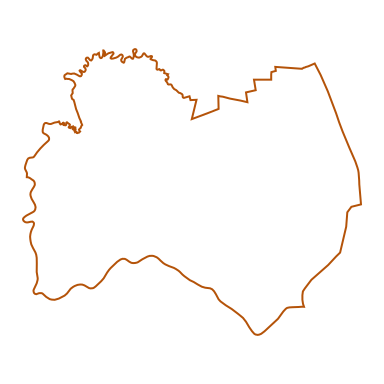 outline of Tran De, Sóc Trăng, Vietnam
{"feature_id": "81297802B35680204276393", "entity_name": "Tran De", "entity_type": "district", "adm_level": 2, "iso_a3": "VNM", "parent_name": "Vietnam", "parent_adm1": "Sóc Trăng", "projection": "natural_earth1", "projection_center": [106.042, 9.495], "detail": "fine", "context": "isolated", "style": "outline", "palette": "amber", "viewbox_px": 384, "rotation_deg": 0, "n_neighbors": 0, "source": "geoboundaries", "source_scale": "gbopen_adm2", "svg_char_len": 5637}
<svg xmlns="http://www.w3.org/2000/svg" viewBox="0 0 384 384"><path d="M314.7,63.5L308.3,66.3L305.5,67.1L304.7,67.6L303.8,67.7L302.8,68.3L302.2,68.5L302.0,68.8L275.3,66.9L275.8,70.9L271.4,72.1L271.2,74.7L271.2,79.7L254.0,79.7L255.7,90.2L246.0,92.4L247.4,102.2L240.6,100.6L230.0,98.6L222.8,96.7L220.4,96.4L218.3,95.9L218.6,108.9L208.4,112.9L191.8,119.1L196.5,99.8L190.5,100.1L189.5,96.3L183.9,97.9L182.9,97.4L182.7,96.7L182.6,95.0L182.0,94.1L180.3,93.1L178.8,92.7L176.3,90.2L174.1,89.0L173.6,88.3L172.8,87.5L171.7,85.2L171.2,84.6L170.5,84.4L168.5,84.5L167.9,84.2L167.2,82.5L165.9,81.0L165.5,80.2L165.6,79.5L166.0,79.1L167.5,79.6L168.0,78.8L168.5,77.5L168.4,76.7L168.1,76.1L167.2,75.3L168.0,74.2L164.2,73.1L164.4,71.1L163.9,70.4L163.3,69.8L162.6,69.7L161.1,70.4L160.7,70.4L160.2,70.2L160.0,69.7L159.3,69.1L157.6,69.7L156.8,69.4L156.5,68.8L156.9,63.0L156.7,62.0L156.1,61.2L155.2,60.5L152.8,60.1L150.6,59.2L150.6,58.7L151.9,57.1L152.0,56.4L151.8,56.2L151.0,56.0L148.5,56.8L147.4,56.7L146.5,56.0L144.5,53.5L144.0,53.3L143.4,53.6L141.9,56.2L141.0,56.9L139.2,57.6L138.6,57.6L137.1,57.3L135.5,56.3L134.9,54.7L135.2,53.5L136.2,52.1L136.6,51.3L136.5,50.1L136.0,49.4L135.6,49.2L134.9,49.1L133.8,49.6L133.4,49.9L133.1,50.6L133.0,51.2L133.7,54.0L133.8,55.1L133.7,56.9L133.0,58.7L132.6,58.8L132.0,58.6L130.1,56.8L129.7,56.5L129.1,56.6L128.2,57.2L127.5,57.3L126.0,58.1L125.0,58.8L124.2,62.2L123.9,62.6L123.5,62.7L121.9,61.7L121.3,60.8L121.2,59.7L121.4,59.3L122.6,57.2L122.8,56.6L122.6,55.5L122.0,54.8L121.3,54.5L120.2,54.8L117.8,56.8L116.0,57.7L113.2,58.5L111.6,58.7L110.7,58.3L110.7,57.4L113.5,53.7L113.4,52.9L112.9,52.2L112.5,52.1L108.7,53.2L107.4,53.9L104.5,56.0L104.3,55.8L104.3,55.3L105.0,53.2L105.0,52.4L103.7,50.5L103.3,50.4L103.2,50.7L103.4,52.5L102.9,55.7L102.5,56.7L101.5,58.0L100.7,58.1L99.8,57.4L99.2,55.3L98.9,52.9L97.7,53.6L96.9,54.5L96.5,54.8L94.7,54.3L93.6,54.7L93.1,55.4L92.6,58.6L91.8,59.9L91.1,60.5L90.1,60.1L88.0,57.7L87.0,57.6L86.1,58.2L85.8,58.9L85.8,59.6L86.4,60.8L87.9,62.4L88.2,63.9L88.1,65.1L87.9,65.6L87.3,66.3L86.9,66.3L85.9,65.4L85.2,65.2L84.4,65.6L84.0,66.1L84.0,66.9L85.2,68.2L85.7,69.4L85.6,70.2L85.0,71.4L84.5,71.8L83.9,72.0L82.8,71.7L80.4,70.2L79.9,70.3L79.6,70.6L79.8,71.2L81.5,73.2L81.9,73.8L81.7,75.0L81.0,76.1L80.4,76.3L79.5,76.2L76.8,74.6L74.2,73.5L72.0,73.7L71.2,74.0L67.3,73.3L66.9,73.7L65.1,74.8L64.5,75.4L64.3,76.6L64.5,77.6L65.2,79.0L66.5,78.7L67.1,78.9L69.2,79.0L71.7,80.1L73.5,81.2L74.5,82.8L75.3,84.7L75.3,85.6L75.1,86.1L73.5,88.6L72.6,89.5L72.5,90.5L72.7,93.1L71.2,95.4L71.7,97.7L72.2,99.0L73.6,99.9L74.3,102.0L76.1,109.1L77.6,112.8L79.4,118.1L81.0,121.5L80.8,121.8L82.2,125.0L81.4,125.9L80.7,127.9L79.7,128.7L79.0,129.7L79.4,130.7L80.1,131.5L79.0,132.6L78.6,132.6L77.5,133.1L76.9,133.0L76.6,132.0L76.3,131.7L75.9,131.7L75.4,132.2L75.1,132.3L74.3,130.5L75.3,129.9L75.6,129.5L75.4,128.6L75.4,127.5L74.6,127.2L73.9,127.3L73.6,128.9L73.0,129.3L72.7,129.1L72.5,128.6L72.8,126.5L71.4,126.9L70.2,128.1L68.9,127.6L68.7,127.2L69.8,125.4L69.9,124.6L69.3,124.0L68.4,123.5L67.0,122.3L66.6,122.4L66.3,122.8L66.1,124.9L65.6,125.3L64.0,125.1L64.1,123.2L63.4,122.7L62.8,122.9L62.1,124.3L60.9,123.9L60.4,124.3L59.7,123.4L59.4,121.9L59.0,121.4L58.0,122.0L54.5,122.6L51.2,123.9L50.3,124.0L49.0,123.9L46.5,123.0L45.6,123.0L44.9,123.2L44.3,123.8L43.8,124.6L42.7,129.7L42.7,131.8L42.9,132.4L43.5,133.2L46.5,134.8L48.2,136.3L49.0,137.7L49.1,138.9L49.0,139.8L48.3,140.8L43.9,144.8L40.4,148.4L37.1,152.3L34.6,155.9L33.7,157.0L32.9,157.4L29.6,157.8L28.2,158.5L27.3,159.8L26.6,161.7L25.4,165.3L25.0,167.1L24.9,168.1L25.2,169.3L26.7,172.3L27.0,173.4L26.8,177.2L28.1,177.3L29.6,177.9L33.6,180.7L34.2,181.5L34.6,182.5L34.8,183.8L34.8,184.9L34.0,186.7L32.4,189.2L31.0,191.7L30.6,192.8L30.4,194.4L30.6,195.9L31.6,198.8L34.0,202.9L35.0,204.8L35.6,207.2L35.2,209.5L34.5,210.8L33.6,211.7L26.4,215.6L24.4,217.1L23.3,218.3L23.0,219.2L23.2,220.0L23.5,220.7L24.2,221.4L25.2,222.1L26.4,222.4L27.8,222.4L30.9,221.7L32.5,221.6L33.5,222.4L33.8,222.8L34.0,223.6L33.8,225.1L33.5,226.0L31.7,229.7L30.9,232.0L30.4,234.2L30.1,236.7L30.3,239.2L30.7,241.8L31.3,244.4L33.0,248.0L35.4,252.4L36.2,254.7L36.7,257.8L36.8,263.3L36.7,272.0L37.7,278.2L37.6,279.9L36.7,283.3L33.8,289.5L33.5,290.4L33.6,291.7L34.0,292.9L34.9,293.8L36.2,294.2L39.0,293.2L40.2,293.1L41.8,293.2L42.6,293.6L46.2,296.9L49.7,299.1L51.7,299.6L54.7,299.8L58.8,298.6L64.6,295.6L67.0,293.5L70.7,288.7L73.1,286.9L74.7,286.0L77.5,284.9L80.2,284.5L82.3,284.6L84.5,285.4L89.1,288.1L90.6,288.4L92.8,288.2L93.8,287.8L95.7,286.4L101.2,281.2L103.7,278.3L107.1,272.6L109.1,269.8L110.7,268.0L117.2,261.8L120.5,259.5L122.5,258.8L124.9,258.9L126.5,259.7L129.3,261.7L131.3,262.8L133.1,263.1L135.0,263.0L136.9,262.6L137.9,262.2L142.3,259.3L147.4,256.6L149.6,255.9L152.2,255.8L153.6,256.0L156.3,257.1L157.2,257.6L158.8,258.9L160.4,260.5L163.3,263.1L165.3,264.4L169.0,266.1L173.9,267.9L175.9,269.0L178.5,270.7L179.9,271.9L182.4,274.5L184.4,276.2L189.9,280.2L193.7,282.0L197.6,284.4L201.8,286.7L205.2,287.7L210.1,288.3L212.2,289.3L214.1,291.3L215.9,294.2L218.6,299.3L220.5,301.4L225.8,305.3L231.7,309.0L238.0,313.8L243.0,317.9L246.1,321.9L249.3,327.3L252.0,331.2L254.3,333.8L255.5,334.5L257.7,334.9L259.3,334.6L261.2,333.8L264.4,331.4L278.0,318.8L283.3,311.5L285.8,308.8L287.1,307.9L289.4,307.4L292.8,307.2L298.4,307.0L302.4,306.7L304.0,306.8L303.0,303.8L302.4,299.8L302.4,295.2L302.9,291.4L304.8,288.5L311.4,279.8L328.2,265.0L336.1,256.5L340.1,252.6L346.2,226.7L347.3,212.3L351.4,206.8L361.0,204.4L359.3,184.3L359.2,180.6L358.6,172.7L358.2,170.3L357.4,167.5L355.3,161.4L349.3,147.6L342.6,131.5L339.1,122.2L336.1,113.3L327.8,91.3L320.6,74.9L314.7,63.5Z" fill="none" stroke="#b45309" stroke-width="2"/></svg>